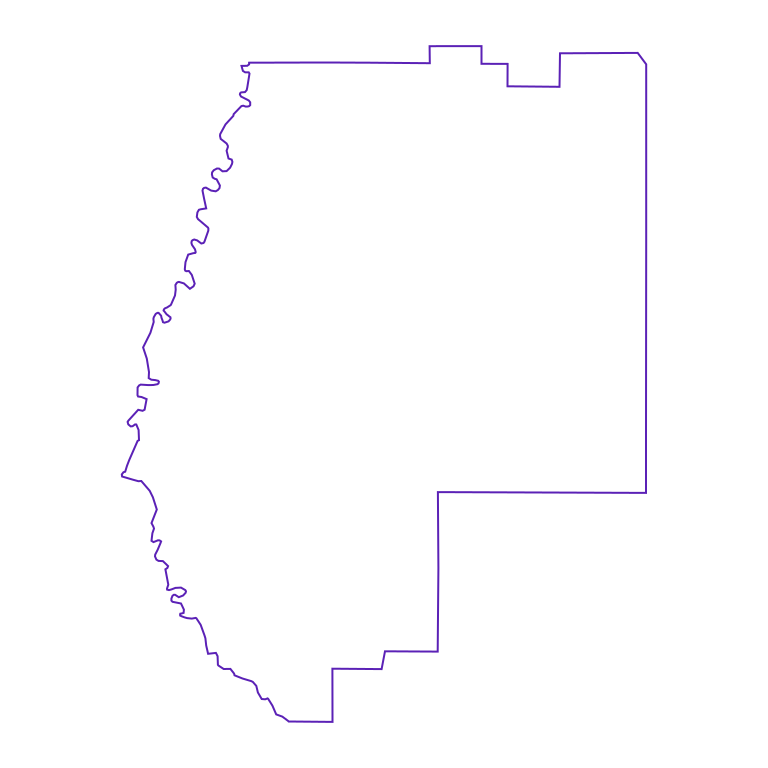 the district of Pearl River, Mississippi, United States of America
{"feature_id": "52423323B37211265449281", "entity_name": "Pearl River", "entity_type": "district", "adm_level": 2, "iso_a3": "USA", "parent_name": "United States of America", "parent_adm1": "Mississippi", "projection": "robinson", "projection_center": [-89.76, 30.737], "detail": "fine", "context": "isolated", "style": "outline", "palette": "violet", "viewbox_px": 768, "rotation_deg": 0, "n_neighbors": 0, "source": "geoboundaries", "source_scale": "gbopen_adm2", "svg_char_len": 3362}
<svg xmlns="http://www.w3.org/2000/svg" viewBox="0 0 768 768"><path d="M249.1,62.7L249.1,64.4L247.2,65.8L241.5,65.9L242.9,70.9L245.1,72.3L248.7,72.3L249.5,73.6L247.3,87.3L246.7,90.1L245.0,92.1L241.1,92.4L240.1,93.3L239.9,94.5L241.0,96.5L248.8,100.5L250.2,102.3L250.2,105.1L249.2,106.1L247.9,106.5L245.8,106.6L243.2,105.7L241.4,106.1L233.7,114.1L233.3,115.9L225.5,124.4L220.2,134.1L220.0,135.9L220.7,138.9L226.6,143.5L227.8,145.7L227.9,147.0L226.6,150.7L228.5,158.5L231.7,159.6L232.4,161.9L232.0,163.9L230.1,167.7L226.6,171.1L222.5,171.3L219.1,168.6L217.0,168.5L213.8,170.2L212.1,172.4L211.9,174.4L212.7,177.5L214.8,178.8L216.6,179.3L219.9,185.5L219.5,188.1L217.8,190.1L215.7,191.3L211.2,190.6L205.9,187.6L204.1,187.9L203.0,188.8L202.5,190.6L204.1,198.7L206.2,208.4L200.6,209.3L198.9,209.8L197.4,212.4L196.8,216.9L198.0,219.1L208.0,227.6L208.4,228.6L208.3,230.7L204.4,241.8L203.5,243.0L201.3,243.5L197.2,240.4L194.2,239.5L192.5,240.2L191.7,241.1L191.4,242.9L192.0,244.9L195.0,249.3L195.7,252.1L195.3,252.9L193.2,253.2L188.2,254.6L185.5,262.1L184.8,269.2L185.2,270.6L186.3,271.2L188.9,271.0L191.8,274.9L194.7,283.7L193.5,286.3L189.9,288.8L183.9,283.4L178.9,281.9L178.0,282.1L176.8,282.8L175.4,285.0L175.7,289.7L175.0,295.5L171.2,304.2L170.7,305.1L167.0,307.5L165.0,308.3L163.9,309.4L163.6,310.6L164.3,311.3L166.6,314.3L168.2,315.5L169.0,316.2L170.4,317.2L170.6,318.3L170.2,319.5L168.5,321.4L164.5,322.7L163.0,322.2L162.5,320.4L161.5,317.8L161.1,315.7L158.6,312.9L157.4,312.9L155.7,313.9L153.8,317.2L153.4,318.8L153.7,322.0L150.4,332.8L143.1,347.4L146.8,358.6L149.0,372.1L148.7,378.1L151.3,379.7L155.3,380.1L158.2,380.8L158.9,381.7L158.5,383.4L157.5,384.2L153.3,385.0L148.5,385.1L140.7,384.6L139.0,385.5L138.7,386.0L137.6,387.4L137.5,395.2L138.1,396.5L141.5,397.0L146.6,399.1L144.6,409.7L142.6,410.8L138.2,409.8L128.4,420.6L127.6,421.9L128.3,424.4L130.7,426.4L132.6,426.2L135.1,424.4L136.3,424.5L138.6,430.0L139.0,440.2L137.6,440.9L129.2,460.1L127.0,465.8L125.5,470.7L125.2,471.7L123.5,472.2L121.8,474.4L122.1,476.5L133.3,479.8L138.4,481.2L141.3,481.0L149.7,490.8L152.9,497.3L156.8,509.5L151.5,523.1L153.4,526.7L154.0,528.6L152.4,533.2L151.5,540.8L153.5,542.1L158.0,540.3L159.6,540.4L161.1,541.4L160.4,543.3L157.7,549.7L155.2,554.6L155.0,556.4L156.4,559.6L158.5,560.9L162.9,561.1L168.1,566.1L167.4,567.9L166.5,568.6L165.4,569.3L168.3,584.7L167.0,588.6L167.1,589.6L169.0,590.1L171.5,589.4L175.4,587.9L181.0,587.6L185.3,590.1L186.0,591.3L185.6,592.8L183.1,595.5L178.8,597.2L175.1,594.8L173.8,594.8L172.5,595.8L171.4,598.6L171.4,600.6L172.5,601.8L181.0,603.5L183.9,609.6L183.6,612.9L181.5,613.5L180.3,613.7L180.1,614.5L180.2,615.6L181.7,616.3L184.6,617.4L187.1,618.1L191.8,618.6L195.7,617.9L196.4,618.3L200.7,624.9L204.5,635.4L205.4,638.3L206.2,645.5L208.1,653.8L215.9,652.9L217.6,656.2L217.9,664.8L218.4,665.5L223.7,669.0L230.4,668.9L234.1,673.6L234.5,675.3L242.5,678.5L251.2,681.1L252.8,681.9L256.3,685.9L257.9,692.5L261.7,699.0L265.2,699.3L267.6,698.4L268.2,698.9L272.4,705.6L276.2,714.4L282.3,716.6L288.2,721.0L288.6,721.5L332.5,721.9L332.4,668.7L381.6,669.1L385.0,651.3L437.7,651.6L438.4,568.1L437.9,492.1L646.0,492.9L646.0,435.4L646.2,238.2L646.2,174.8L646.2,64.3L637.7,52.9L560.0,53.3L559.5,86.8L507.5,86.3L507.6,63.9L481.5,63.8L481.5,46.1L449.3,46.1L429.6,46.2L429.8,63.2L370.2,62.7L325.0,62.5L249.1,62.7Z" fill="none" stroke="#5b21b6" stroke-width="2"/></svg>